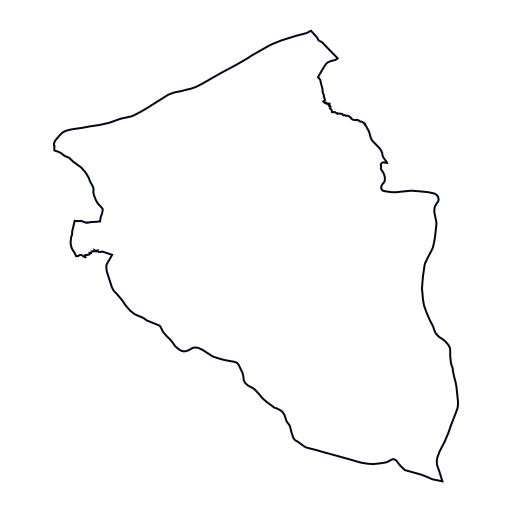 Sabaneta, Antioquia, Colombia (Albers equal-area conic projection)
{"feature_id": "7082276B45005796223132", "entity_name": "Sabaneta", "entity_type": "district", "adm_level": 2, "iso_a3": "COL", "parent_name": "Colombia", "parent_adm1": "Antioquia", "projection": "albers", "projection_center": [-75.61, 6.138], "detail": "fine", "context": "isolated", "style": "outline", "palette": "ink", "viewbox_px": 512, "rotation_deg": 0, "n_neighbors": 0, "source": "geoboundaries", "source_scale": "gbopen_adm2", "svg_char_len": 5888}
<svg xmlns="http://www.w3.org/2000/svg" viewBox="0 0 512 512"><path d="M310.9,30.7L307.0,32.9L303.2,34.0L301.5,34.4L296.1,35.8L281.4,40.4L275.5,42.8L272.2,44.1L269.4,45.5L267.0,46.8L251.9,55.4L247.4,58.4L236.8,64.5L220.8,73.1L202.8,83.4L197.8,86.0L195.8,87.0L190.9,88.7L185.7,89.9L181.3,91.1L174.5,92.4L168.3,94.7L162.7,98.2L160.8,99.4L146.7,108.3L140.3,112.0L133.6,115.5L132.8,115.7L131.3,116.4L124.5,117.9L122.3,118.3L118.4,119.5L111.7,121.9L109.4,122.7L106.7,123.4L105.2,123.7L99.9,124.9L93.9,125.8L90.4,126.3L81.8,127.9L75.2,128.8L70.5,129.6L68.4,130.1L66.0,130.8L63.4,132.0L62.1,132.9L59.6,135.4L57.1,138.3L55.2,140.6L54.8,141.2L54.7,141.9L54.0,143.3L54.0,145.4L54.1,145.9L54.5,146.1L54.4,146.5L54.3,149.4L54.4,150.4L55.3,150.8L58.2,151.7L61.0,153.1L64.7,156.0L69.0,157.7L73.2,161.7L78.0,165.2L80.8,167.1L83.0,169.5L85.5,172.4L86.6,174.2L88.8,177.9L89.4,179.8L90.7,182.7L92.1,185.0L93.3,187.7L93.5,189.6L93.3,192.6L94.2,195.9L96.0,200.4L97.9,203.6L101.2,207.1L102.6,208.9L102.7,210.3L102.2,212.9L100.5,217.9L100.1,221.4L93.7,222.0L93.4,221.9L93.1,221.9L92.1,222.0L91.0,222.0L89.9,222.3L89.6,222.5L89.0,222.5L87.7,222.4L87.4,222.4L87.4,222.7L87.1,222.8L86.9,222.6L86.2,222.7L85.9,222.7L84.9,222.3L81.9,221.2L81.6,221.0L80.8,221.0L80.4,220.9L79.8,220.9L78.8,221.1L78.0,221.1L76.4,221.0L76.0,221.0L75.5,221.0L74.7,220.8L73.3,226.9L72.2,231.3L72.1,234.1L71.9,235.3L71.6,236.0L71.2,236.8L70.6,242.3L70.8,244.6L71.2,246.5L71.8,248.3L72.5,249.7L74.2,252.3L75.5,254.7L76.0,256.1L76.9,256.1L77.7,256.1L78.1,256.0L79.6,255.1L80.2,255.0L80.8,254.9L82.1,255.4L84.9,257.2L85.2,257.3L85.5,257.2L84.9,255.9L85.1,255.3L85.2,255.0L86.8,255.0L89.2,254.5L89.5,254.4L89.6,254.2L89.6,253.9L89.5,252.9L89.8,252.9L91.1,253.1L91.5,251.5L93.3,251.3L94.2,251.3L94.6,251.1L94.8,250.9L94.8,250.6L94.7,250.3L95.8,250.9L96.0,251.1L96.2,251.4L96.4,251.3L96.4,251.0L97.2,250.4L97.8,250.3L98.0,251.4L98.1,251.5L98.6,251.6L98.9,252.0L99.1,252.0L99.6,252.0L100.6,252.0L100.9,251.8L101.3,251.7L102.1,251.7L102.5,251.6L112.1,254.8L109.1,260.2L107.3,263.2L106.4,265.2L106.3,267.4L106.8,271.5L111.9,287.3L113.7,290.7L117.3,294.5L122.2,300.3L125.6,305.4L130.2,310.7L134.7,314.2L137.8,315.6L143.3,317.9L146.9,320.5L151.4,322.3L159.2,325.5L160.4,326.5L162.9,331.7L166.5,336.0L169.8,339.1L172.7,342.6L175.2,346.3L178.7,349.2L181.2,350.7L183.7,351.4L186.1,351.1L188.9,350.1L192.7,347.9L195.3,347.5L198.1,347.8L202.6,349.9L212.6,356.4L218.8,358.5L224.0,359.9L229.6,361.0L233.8,361.7L236.9,362.7L238.7,364.9L240.6,369.0L242.4,372.6L243.3,375.9L243.7,380.1L245.4,383.3L248.7,386.0L251.8,387.5L254.3,389.0L258.6,393.6L262.9,398.7L267.1,402.3L271.7,405.6L274.1,407.5L277.3,408.6L281.1,410.7L282.9,412.5L284.5,415.1L285.4,417.8L286.4,420.9L287.5,422.7L289.3,424.9L290.2,427.1L291.4,432.1L293.4,438.1L295.1,440.2L297.9,441.8L300.1,443.4L304.4,446.5L305.7,447.3L310.5,448.6L316.8,450.2L324.0,452.3L347.6,458.8L359.4,462.2L361.3,462.7L367.5,463.7L373.2,464.1L378.7,463.5L382.0,463.1L386.8,462.2L391.7,459.6L392.9,459.2L393.9,459.2L394.9,459.7L396.3,460.5L398.5,463.5L400.6,466.0L404.9,470.1L421.1,474.6L427.8,477.2L432.1,479.2L436.4,480.1L442.4,481.3L439.2,471.1L437.1,465.1L436.7,461.7L437.4,457.4L439.4,451.9L441.6,447.5L444.4,442.2L448.4,432.8L450.9,425.5L453.0,420.1L455.7,413.2L457.5,408.3L458.0,404.8L458.0,401.6L457.0,392.2L456.5,387.2L455.7,382.7L454.0,376.2L452.9,370.6L452.6,368.0L451.3,364.4L450.8,361.8L450.2,356.2L450.2,350.5L449.9,347.8L448.4,345.0L446.3,342.5L444.4,340.5L442.8,339.3L439.0,336.9L435.8,333.5L434.3,330.2L433.0,326.2L429.9,320.3L426.4,312.2L424.0,305.4L423.0,299.7L422.5,294.1L422.0,288.9L422.4,282.6L423.0,276.0L424.5,265.7L425.0,263.4L426.8,259.7L428.3,256.6L431.4,250.7L432.9,247.6L434.0,242.7L435.0,237.1L436.4,224.8L436.4,222.2L435.8,219.4L435.2,216.6L434.4,212.6L434.3,209.7L434.7,207.2L435.8,204.7L437.5,202.4L438.4,200.9L438.6,199.3L438.1,196.8L437.1,195.4L435.9,194.4L434.7,193.7L433.1,193.2L428.3,192.2L419.4,191.3L414.0,190.9L411.7,190.7L410.2,190.8L401.7,191.6L396.5,192.2L391.5,192.2L384.9,191.2L382.7,190.6L381.5,189.2L381.2,187.5L381.5,185.7L382.3,184.4L383.9,182.5L384.7,180.9L384.9,179.0L384.7,176.3L383.6,173.3L382.8,171.9L381.3,169.7L380.8,168.3L380.9,168.2L381.1,166.9L381.0,165.5L380.7,164.6L381.0,163.9L382.1,162.7L383.3,162.4L385.1,162.6L387.0,162.9L386.8,162.3L383.4,157.5L382.5,155.4L382.2,153.0L381.5,151.4L379.9,148.6L374.5,143.0L371.9,140.2L370.7,137.7L369.4,132.8L368.6,130.7L367.9,129.6L366.4,126.7L365.4,125.1L364.7,124.4L365.1,123.9L364.8,123.6L364.4,123.3L363.7,122.9L362.7,122.2L361.3,121.6L360.9,121.6L360.4,121.6L359.8,121.4L359.4,121.1L359.2,120.7L358.7,120.4L357.9,120.2L357.3,119.9L356.9,119.8L356.6,119.8L356.3,120.0L356.0,120.2L355.8,120.2L354.6,120.0L353.4,119.8L352.7,119.6L352.4,119.4L351.9,119.1L351.5,118.9L350.9,117.7L350.6,117.5L349.9,117.2L349.5,116.5L348.2,115.9L346.0,115.7L345.8,115.7L345.6,115.5L345.0,115.2L344.7,115.1L344.2,115.3L343.8,115.4L343.3,115.3L343.0,115.1L342.7,114.4L342.3,114.2L341.8,113.9L340.9,113.7L340.0,113.7L338.5,113.6L337.6,113.3L337.4,113.7L336.7,113.4L335.5,112.5L334.7,112.1L333.9,112.0L332.5,112.3L332.0,112.1L331.9,111.6L331.7,110.4L331.6,110.0L330.8,109.2L330.1,108.6L329.9,108.4L330.3,107.6L330.5,107.0L330.5,106.7L330.1,105.8L329.9,105.5L329.2,105.8L329.2,105.7L329.4,105.6L329.5,105.3L329.4,105.2L329.2,105.3L329.0,105.1L328.8,105.2L328.7,105.1L328.7,104.6L329.5,103.9L329.5,103.6L327.9,103.5L327.7,103.9L327.3,103.9L327.3,103.7L327.0,103.6L325.9,102.6L325.3,103.2L323.9,102.1L323.6,101.9L323.3,101.6L324.0,100.9L324.9,100.2L325.1,100.0L323.8,96.4L323.9,95.2L322.6,92.1L322.6,89.3L321.4,85.1L320.2,79.8L319.0,78.2L318.5,77.7L318.0,77.3L318.6,76.1L322.2,69.9L325.2,65.1L326.4,63.6L327.0,62.9L327.8,62.4L329.1,61.8L330.6,61.2L333.5,60.4L335.5,59.9L337.4,58.6L337.7,58.3L330.2,50.7L323.3,43.6L321.9,42.0L320.4,41.4L319.4,40.9L318.7,40.4L318.1,39.6L317.2,37.6L310.9,30.7Z" fill="none" stroke="#020617" stroke-width="2"/></svg>